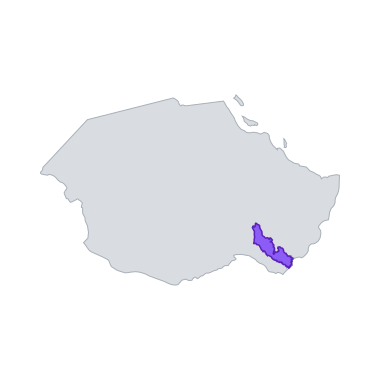 Songea, Ruvuma, United Republic of Tanzania shown in context, rotated 313°
{"feature_id": "72390352B68324313293973", "entity_name": "Songea", "entity_type": "district", "adm_level": 2, "iso_a3": "TZA", "parent_name": "United Republic of Tanzania", "parent_adm1": "Ruvuma", "projection": "natural_earth1", "projection_center": [35.48, -10.415], "detail": "fine", "context": "in_parent", "style": "filled", "palette": "violet", "viewbox_px": 384, "rotation_deg": 313, "n_neighbors": 0, "source": "geoboundaries", "source_scale": "gbopen_adm2", "svg_char_len": 8811}
<svg xmlns="http://www.w3.org/2000/svg" viewBox="0 0 384 384"><g transform="rotate(313 192 192)"><path d="M152.4,263.6L149.0,261.6L146.0,260.4L143.6,259.1L142.5,257.7L140.2,257.2L138.2,257.0L136.4,255.8L132.6,255.3L132.2,254.5L132.1,252.7L131.4,252.2L130.1,251.8L128.6,251.8L127.7,252.1L127.1,251.9L125.9,250.9L124.8,249.5L124.3,247.3L122.6,245.9L120.6,244.8L115.0,244.9L114.2,244.6L112.8,243.5L111.3,241.7L110.0,239.6L108.9,236.8L107.8,233.0L101.4,217.9L100.7,215.0L99.5,211.9L97.4,208.0L95.3,205.1L92.4,202.5L89.0,199.8L87.2,198.1L83.8,191.0L83.1,187.6L82.5,184.2L82.8,182.8L84.9,178.3L85.1,177.1L84.8,175.4L83.8,171.8L82.4,167.5L79.7,159.7L79.3,157.7L79.3,156.2L80.9,148.3L80.9,147.2L87.3,147.3L91.9,143.8L96.0,138.6L96.8,136.5L98.4,133.1L100.0,131.5L100.6,130.3L101.6,127.0L103.7,124.7L105.8,123.0L105.3,121.7L105.6,121.3L106.8,120.4L109.0,119.6L109.4,117.9L109.4,115.9L109.0,114.8L109.1,113.5L108.8,112.8L107.3,112.6L105.2,111.6L103.4,111.2L102.2,110.6L101.7,110.2L101.5,109.0L102.5,106.0L101.5,104.7L103.7,99.7L104.1,99.1L105.0,99.0L106.2,98.4L107.4,98.2L108.4,98.4L109.1,98.2L109.7,97.6L110.3,95.9L110.7,93.0L110.4,90.7L109.5,88.9L109.3,86.2L109.7,82.5L109.4,79.4L108.4,77.0L107.3,75.5L105.7,74.8L103.2,71.1L102.4,69.3L102.6,68.1L103.4,67.7L105.0,67.8L106.5,67.4L107.9,66.4L109.3,66.1L110.0,66.2L173.6,66.2L248.0,114.2L248.3,114.8L248.9,118.9L248.7,120.3L247.6,122.7L247.3,124.0L247.3,124.8L247.5,125.2L248.5,125.3L249.3,125.8L249.6,126.3L250.3,128.1L251.1,129.0L279.3,152.5L279.9,152.9L279.5,154.9L277.9,159.6L277.8,161.6L277.2,164.0L276.6,165.5L275.0,172.3L273.6,174.8L271.7,180.7L271.4,185.2L272.5,188.4L272.8,191.4L275.0,194.3L276.7,195.3L277.9,196.6L280.0,199.7L281.2,202.7L284.9,204.2L286.4,207.6L285.9,210.0L284.1,211.9L282.5,215.1L281.2,219.2L281.1,225.6L282.0,224.6L284.0,226.2L284.2,230.8L282.2,236.3L281.5,238.8L281.4,241.0L282.9,247.5L285.1,250.8L285.0,251.9L284.4,252.7L288.2,258.6L287.9,263.7L289.3,267.7L289.9,271.1L290.9,273.7L291.0,275.6L289.8,277.6L292.6,278.1L294.3,279.7L295.0,281.3L297.1,281.3L298.2,282.3L299.7,283.2L303.2,285.9L304.1,287.2L304.7,288.5L295.1,296.9L291.6,299.0L289.1,300.0L286.5,300.6L284.0,301.9L281.6,304.0L278.6,305.0L274.9,305.0L271.0,306.5L264.8,310.8L261.3,308.4L258.5,307.6L255.3,307.7L253.3,308.0L252.6,308.5L252.0,310.0L251.5,312.4L249.4,314.7L245.7,317.0L242.3,317.8L239.1,317.2L237.0,316.3L235.9,315.0L234.3,314.4L232.2,314.5L230.1,315.4L228.2,317.2L225.0,317.9L220.7,317.7L218.4,316.9L218.1,315.4L216.2,313.7L212.8,311.8L210.2,311.7L208.6,313.6L207.1,314.8L205.8,315.2L204.6,315.3L202.8,314.8L198.1,314.6L193.6,314.7L193.1,312.0L192.2,310.3L191.4,309.4L189.8,309.1L189.4,308.4L188.9,306.7L188.1,305.3L187.1,304.1L186.5,303.0L186.3,302.0L186.4,300.9L187.4,298.1L187.7,296.2L187.6,294.3L187.1,292.3L186.0,289.9L186.1,289.2L185.7,287.6L185.7,286.5L185.9,285.1L185.7,283.2L184.8,279.3L184.8,278.3L183.8,276.4L180.8,271.8L180.7,271.3L176.0,266.7L174.1,265.7L173.4,266.6L173.2,267.4L173.4,268.8L173.3,269.5L173.1,269.9L171.9,269.8L171.2,269.7L169.5,268.4L168.1,268.1L164.6,268.3L163.4,268.6L162.5,268.4L160.7,266.3L158.5,265.8L156.6,265.7L153.4,263.4L152.4,263.6ZM285.5,187.7L287.0,192.7L286.8,193.6L285.7,194.2L285.1,194.2L284.4,193.4L284.0,191.8L283.1,192.2L281.7,190.1L280.3,190.0L279.1,187.6L279.6,185.5L279.3,182.0L280.8,180.1L281.7,177.1L282.6,179.2L282.9,182.4L284.2,186.3L285.5,187.7ZM293.0,157.9L293.1,159.1L292.8,160.2L292.8,163.8L292.7,166.1L291.6,169.4L290.6,170.5L289.8,170.2L289.1,169.7L288.5,168.8L289.6,162.8L289.1,158.4L291.3,158.8L293.0,157.9ZM289.7,230.0L288.6,230.3L288.2,230.1L287.5,229.1L288.7,228.2L289.8,226.6L292.5,224.2L293.7,222.3L293.5,224.2L292.0,228.2L290.7,228.5L289.7,230.0Z" fill="#d9dde1" stroke="#a8b0b8" stroke-width="1"/><path d="M205.0,265.2L203.5,266.4L203.3,266.8L202.1,268.0L201.7,268.7L201.4,268.9L201.1,268.9L199.3,270.1L198.8,270.7L198.1,271.2L197.5,271.8L197.4,271.9L197.2,271.8L197.1,272.0L196.5,272.3L196.9,272.8L197.1,272.8L197.4,273.1L197.4,273.4L197.8,273.6L198.0,273.7L198.0,274.2L197.8,274.9L197.9,275.1L197.8,275.5L198.0,275.7L198.1,275.9L198.2,276.0L198.4,276.2L198.4,276.6L198.6,276.8L198.7,277.0L198.8,277.1L198.8,277.3L198.7,278.2L198.4,278.7L198.3,279.4L198.0,279.8L197.9,280.4L197.6,280.9L197.1,282.0L197.2,283.1L197.1,283.3L197.1,283.5L197.3,283.4L197.4,283.7L197.0,284.0L196.9,284.3L197.1,284.3L197.0,284.5L197.3,285.1L197.7,285.0L198.0,285.1L197.8,285.4L198.0,285.7L198.2,286.0L198.0,286.5L197.9,286.8L197.7,287.0L197.5,287.3L197.6,287.6L197.6,287.9L197.6,288.2L197.4,288.6L197.0,288.8L197.0,289.9L196.9,290.0L196.9,290.3L196.9,290.5L197.1,290.4L197.7,290.9L198.1,292.2L198.5,293.7L198.5,294.2L198.6,294.6L198.1,295.5L198.2,295.9L198.1,296.5L198.2,296.8L198.1,297.0L198.3,297.4L198.2,297.5L198.5,298.0L198.5,298.3L198.4,298.1L198.3,298.4L198.4,298.6L198.6,298.5L199.0,299.4L199.0,299.6L199.0,299.8L199.0,300.0L199.4,300.2L199.3,300.3L199.4,300.5L199.4,300.8L199.4,301.1L199.6,301.3L199.3,301.5L199.6,301.7L199.5,302.1L199.7,302.5L200.0,303.1L199.9,303.4L200.1,303.9L200.2,304.1L200.3,304.4L200.3,304.2L200.7,304.2L200.7,304.4L200.8,304.5L200.9,304.4L200.9,304.6L201.0,304.6L201.1,305.0L201.2,305.4L201.4,305.4L201.3,305.5L201.3,306.0L201.3,306.3L201.5,306.4L201.3,306.5L201.4,306.8L201.2,306.9L201.1,307.3L201.3,307.5L201.4,307.9L201.4,308.2L201.7,308.6L201.6,308.8L202.0,309.0L202.1,309.4L202.3,309.5L202.2,309.7L202.2,309.8L202.3,309.9L202.3,310.5L202.2,310.6L202.2,311.0L201.9,311.1L202.0,311.2L202.0,311.4L202.1,311.5L202.2,311.3L202.3,311.6L202.2,311.7L202.3,311.9L202.0,311.9L202.0,312.0L202.2,312.5L202.3,312.6L202.2,312.7L202.4,312.7L202.7,312.9L202.6,313.1L202.8,313.2L202.8,313.4L202.9,313.6L203.1,313.6L202.7,313.8L202.7,314.1L202.5,314.3L202.4,314.3L202.3,314.6L202.5,314.7L202.7,314.8L202.8,314.5L203.1,314.7L203.4,314.6L203.5,314.5L203.3,314.3L203.4,314.2L203.9,314.3L203.9,314.7L204.2,314.8L204.4,314.6L204.3,314.4L204.4,314.2L204.5,314.2L204.7,314.4L204.6,314.2L204.9,314.5L205.0,314.3L205.4,314.0L205.5,314.2L205.8,314.3L206.6,314.1L206.8,314.4L206.9,314.1L207.8,313.5L207.9,313.1L208.1,313.1L208.2,312.9L208.2,312.7L208.1,312.4L208.3,312.4L208.6,312.4L208.7,312.2L208.9,312.3L209.0,312.2L209.3,312.4L209.3,312.1L209.5,312.2L209.7,311.9L209.9,311.8L209.8,311.6L210.0,311.5L210.0,311.4L210.3,311.4L210.2,311.1L210.5,310.9L210.8,310.9L211.0,311.0L211.2,310.8L211.0,311.0L211.3,311.4L211.2,311.2L211.4,311.3L211.4,311.0L211.5,311.0L211.4,310.9L211.7,310.9L211.9,310.6L212.3,310.7L212.1,310.2L212.1,309.9L212.0,309.7L212.2,309.4L212.1,309.0L212.0,308.7L211.8,308.7L212.0,308.2L211.9,308.2L212.0,308.1L211.9,308.1L211.7,307.9L211.7,307.7L211.9,307.7L211.8,307.4L211.5,306.6L211.2,306.5L211.2,306.4L210.9,306.1L210.5,306.1L210.5,305.4L210.3,305.3L210.3,305.1L210.9,304.4L210.9,304.0L210.8,303.8L210.9,303.3L211.1,303.2L211.3,302.8L211.1,302.6L210.8,302.2L210.8,301.1L210.7,300.8L210.8,300.1L210.9,299.8L211.1,299.5L211.2,299.2L211.5,299.1L211.5,298.8L212.4,297.9L212.4,297.2L212.5,296.3L211.8,295.4L211.7,294.8L211.9,294.5L211.9,294.2L211.6,293.6L211.3,293.1L210.9,292.9L210.5,292.9L210.1,293.2L210.1,292.7L209.6,292.9L209.2,293.3L209.3,294.2L208.6,294.9L208.3,295.0L208.3,295.3L208.2,295.7L207.5,295.7L207.6,295.3L206.9,295.2L205.9,295.3L205.0,293.7L204.5,293.8L204.1,294.0L203.6,294.1L203.1,294.4L202.8,294.2L202.2,294.1L202.3,293.4L202.7,293.2L203.1,293.2L203.9,292.6L204.2,292.2L205.9,292.1L206.0,291.7L206.2,291.3L206.4,291.0L206.9,291.0L207.1,290.8L207.3,290.4L207.5,289.5L207.7,289.2L207.4,288.8L208.3,288.5L208.3,288.3L208.7,288.3L208.9,288.1L208.8,287.8L209.1,287.5L209.0,287.3L209.0,287.1L209.0,286.8L209.2,286.5L209.4,286.2L209.7,285.2L209.9,285.0L209.9,284.2L209.7,284.0L209.3,283.9L209.3,283.7L209.2,283.6L209.4,283.5L209.2,283.5L209.2,283.3L209.6,283.4L209.7,283.5L210.2,283.5L210.8,283.6L211.3,283.6L211.7,283.5L211.7,282.5L211.9,282.2L212.0,282.0L212.0,281.8L211.9,280.8L211.7,280.4L211.1,280.4L210.7,280.8L210.4,280.9L210.2,281.0L210.1,280.8L210.1,280.4L210.0,280.2L210.0,279.7L210.2,279.3L210.2,279.1L210.2,278.5L209.1,277.8L208.9,277.6L208.6,277.5L208.4,277.3L208.4,276.2L208.5,275.1L208.3,274.5L208.2,273.9L208.2,273.7L208.2,272.9L208.4,272.7L208.6,272.4L208.8,272.2L208.9,271.9L209.1,271.6L209.4,271.5L209.4,271.4L210.1,270.8L210.3,270.4L210.8,269.9L210.9,269.2L211.4,267.7L211.5,267.1L212.1,266.1L212.3,265.8L212.3,265.4L212.9,265.0L213.2,264.7L213.3,264.7L213.4,264.3L213.5,264.1L213.4,264.0L213.5,263.5L213.4,263.1L213.0,262.3L213.0,261.9L213.1,261.7L212.8,261.3L212.9,260.9L212.8,260.5L212.9,260.3L212.8,260.0L212.6,259.9L212.0,260.0L211.4,260.5L211.2,260.8L210.7,261.1L210.6,261.3L210.4,261.5L210.0,261.6L209.9,261.3L209.8,261.2L209.7,261.2L209.4,261.0L209.2,260.9L209.1,261.0L209.1,260.9L209.0,261.0L208.6,260.7L208.5,260.8L208.3,260.4L208.2,260.0L207.6,260.3L207.1,260.5L205.6,264.8L205.0,265.2Z" fill="#8b5cf6" stroke="#5b21b6" stroke-width="1.5"/></g></svg>